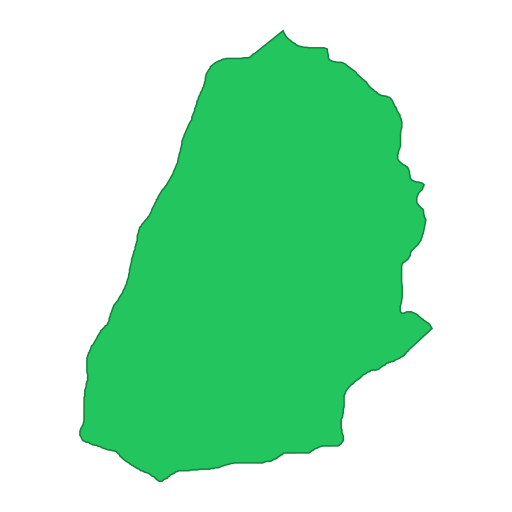 Palmeras, Alajuela, Costa Rica (orthographic projection)
{"feature_id": "36466004B65263454965640", "entity_name": "Palmeras", "entity_type": "district", "adm_level": 2, "iso_a3": "CRI", "parent_name": "Costa Rica", "parent_adm1": "Alajuela", "projection": "orthographic", "projection_center": [-84.433, 10.047], "detail": "fine", "context": "isolated", "style": "filled", "palette": "green", "viewbox_px": 512, "rotation_deg": 0, "n_neighbors": 0, "source": "geoboundaries", "source_scale": "gbopen_adm2", "svg_char_len": 5983}
<svg xmlns="http://www.w3.org/2000/svg" viewBox="0 0 512 512"><path d="M283.1,30.7L255.5,52.8L254.4,53.6L253.1,54.1L252.4,55.0L251.3,55.7L250.7,56.9L248.2,57.7L244.0,57.8L241.2,58.4L227.1,58.4L224.4,59.1L223.0,59.1L221.8,59.6L220.7,60.6L219.3,60.6L214.6,63.2L210.3,66.8L210.2,68.2L208.6,69.9L206.0,74.6L206.0,76.0L205.4,77.3L205.2,81.5L204.5,82.3L204.5,83.7L203.8,84.8L203.8,86.2L203.1,87.5L202.4,88.2L202.4,89.6L201.9,90.8L201.0,91.8L200.4,93.0L200.3,94.4L199.4,95.4L198.4,97.8L198.2,99.2L196.9,101.5L196.7,104.2L196.0,105.4L195.9,106.7L195.1,107.8L194.6,109.1L194.6,110.6L191.9,117.0L191.8,119.8L190.4,121.6L188.4,125.3L187.5,127.8L185.7,131.6L185.3,132.9L184.0,135.3L184.0,136.8L183.3,137.5L183.0,138.8L181.9,141.1L181.9,144.0L181.0,147.8L180.5,149.0L180.5,150.5L179.0,155.1L179.0,156.5L178.3,157.7L178.3,159.1L177.8,160.3L177.6,163.0L176.8,164.1L174.8,169.1L173.5,171.5L173.4,172.9L166.4,185.1L165.6,185.8L164.2,188.0L162.7,189.4L158.4,196.3L157.5,198.8L156.4,199.5L156.4,200.9L155.0,203.2L154.7,204.3L152.1,208.8L151.4,211.5L148.9,216.1L147.9,217.1L147.4,218.3L144.4,221.3L143.7,222.6L142.7,223.4L141.5,225.1L141.3,226.3L140.1,226.9L139.5,227.7L139.4,229.0L138.8,230.3L138.3,233.0L137.3,235.4L137.2,241.0L136.5,241.7L136.5,243.1L135.8,244.3L135.8,245.7L135.1,246.8L135.1,249.6L134.2,250.7L133.7,252.0L133.6,253.4L133.0,254.7L132.9,256.1L132.3,257.2L131.9,258.6L131.6,259.9L131.6,261.4L130.2,266.7L130.1,268.1L129.5,269.3L129.5,272.1L128.7,274.7L128.7,276.1L128.0,278.7L127.3,279.9L127.3,281.3L126.6,282.4L126.6,283.8L125.2,286.1L125.0,287.4L124.5,288.6L123.8,289.3L123.2,290.6L122.3,293.1L119.4,297.3L117.6,301.0L116.7,301.6L115.3,303.9L114.3,304.5L112.8,308.1L111.0,313.3L110.3,314.5L110.3,315.9L109.2,318.5L108.9,321.2L107.5,323.5L107.3,324.7L106.6,325.4L105.4,325.6L104.8,326.8L100.6,330.9L100.4,332.2L99.7,332.9L97.5,336.3L97.1,337.6L92.8,344.9L91.7,345.7L91.2,346.8L90.5,349.4L89.8,350.6L89.5,351.9L88.5,352.9L88.4,354.2L87.7,355.4L87.6,356.8L86.9,358.0L86.9,372.2L87.4,373.4L87.7,374.7L87.6,380.4L86.9,381.5L86.8,382.8L86.2,383.6L86.2,386.5L84.8,390.4L84.8,396.1L84.1,397.2L84.0,421.2L83.4,422.5L83.4,423.9L80.6,429.0L80.4,430.3L79.9,431.1L79.9,435.4L80.6,436.1L82.2,439.7L83.2,440.7L85.6,441.9L86.9,442.3L88.3,442.3L90.2,443.7L91.5,444.0L92.6,444.8L96.7,445.4L97.9,446.2L100.5,446.7L101.6,447.5L102.9,448.1L108.3,449.9L111.1,450.2L112.4,450.8L113.8,450.8L116.3,451.5L117.9,453.5L119.0,454.1L120.2,456.5L121.4,457.2L123.1,459.0L125.3,460.7L128.8,462.9L129.8,463.9L131.0,464.4L132.0,465.4L133.3,465.7L134.0,466.4L137.3,468.5L138.7,468.9L140.8,470.7L142.2,470.7L144.6,472.2L147.4,472.8L148.5,473.4L150.7,474.9L151.4,475.7L152.6,476.3L153.9,476.7L156.2,479.2L159.2,481.3L162.0,481.3L163.7,479.6L167.4,478.1L168.1,476.9L169.2,476.3L170.6,474.9L174.3,473.3L175.3,472.3L179.0,470.7L188.9,470.7L191.6,469.9L197.3,469.9L199.9,469.2L209.8,469.2L210.9,468.5L213.7,468.5L214.9,467.8L217.7,467.8L219.0,467.5L222.7,465.9L224.0,465.7L225.1,465.0L226.5,465.0L227.8,464.3L229.2,464.3L230.3,463.6L233.1,463.4L234.4,462.9L262.8,462.9L265.1,461.8L266.4,461.4L270.7,461.4L271.4,460.7L272.7,460.3L273.3,459.3L274.8,459.3L275.5,458.6L276.8,458.5L277.4,457.3L279.7,456.3L280.4,455.1L281.8,455.0L283.8,453.0L309.2,452.9L311.8,450.8L312.9,450.5L314.8,448.9L317.4,448.0L318.5,447.3L322.5,446.0L338.1,445.9L339.1,445.5L339.9,444.4L341.1,443.9L341.6,442.7L343.4,440.6L343.4,436.3L342.3,433.7L341.9,432.4L341.9,429.6L341.2,428.4L341.2,419.9L341.5,418.6L342.3,417.5L342.7,416.2L342.7,414.7L343.4,412.2L343.4,409.4L344.1,406.8L344.1,395.5L345.5,393.1L345.6,391.7L348.6,387.5L351.6,384.5L352.8,384.0L353.8,383.0L354.3,381.8L359.2,378.7L361.9,376.3L362.5,375.2L366.0,373.6L367.4,372.2L370.0,371.5L370.5,370.5L371.8,370.1L376.0,370.1L377.2,369.5L378.6,369.4L380.0,367.9L383.0,365.9L385.3,364.8L386.7,363.0L388.2,363.0L388.9,362.3L390.2,362.2L391.4,361.6L392.8,361.6L394.1,361.0L395.2,360.1L400.1,357.9L401.1,356.9L402.4,356.6L404.2,355.2L406.4,352.7L406.8,351.7L407.8,351.3L408.5,350.6L408.5,350.2L432.1,328.4L431.6,327.8L431.5,327.3L431.1,327.0L429.9,324.7L428.1,323.0L426.6,322.2L425.3,321.1L423.8,320.3L423.1,319.4L422.0,318.9L418.9,316.3L417.5,314.7L413.9,312.9L412.8,312.7L411.5,311.8L406.8,311.8L404.3,313.0L402.1,313.3L400.8,312.4L400.8,311.8L400.2,311.1L400.2,306.4L401.3,302.9L401.9,298.3L402.2,297.9L402.2,286.3L401.6,282.3L401.6,267.2L402.2,263.8L403.7,262.2L404.7,261.9L406.3,260.5L407.7,259.6L410.3,255.5L410.4,253.2L411.2,251.2L414.4,248.1L415.0,247.3L417.8,244.9L420.4,240.8L420.8,240.6L421.1,239.1L422.2,236.8L422.5,234.6L422.9,234.2L423.4,232.6L425.9,219.7L425.4,219.3L425.4,218.4L424.5,217.2L424.0,214.6L423.6,213.9L423.6,211.2L422.9,209.1L421.2,207.9L420.1,206.5L419.1,205.7L416.9,202.8L416.8,202.0L416.8,197.4L418.1,194.6L418.1,193.7L419.9,191.7L421.8,190.1L423.0,187.7L423.1,186.9L424.0,185.6L424.0,184.7L422.5,183.3L420.0,182.4L415.7,181.8L411.8,180.1L410.1,177.8L410.0,175.3L409.5,173.6L409.5,171.8L407.9,167.8L407.3,167.0L405.9,166.4L405.5,165.6L403.0,164.6L399.6,161.6L398.0,159.5L397.7,158.7L397.7,154.1L398.2,153.7L398.3,152.0L398.7,151.4L398.7,150.5L399.6,149.0L399.6,148.1L400.5,146.6L400.5,133.9L400.9,130.3L401.8,127.7L401.8,121.4L401.4,120.7L401.1,118.9L400.0,116.5L399.9,114.7L398.6,113.4L397.3,111.1L396.8,110.3L396.8,109.4L396.4,108.9L396.4,108.1L396.0,107.3L395.3,106.8L394.8,106.1L392.3,100.4L390.7,98.5L389.1,97.2L388.2,97.1L386.6,96.3L380.5,95.3L379.6,94.4L378.7,94.4L376.3,92.0L374.1,90.7L373.7,89.9L370.7,87.8L370.1,87.2L369.8,86.4L369.0,86.1L366.4,82.2L365.5,81.3L364.7,80.9L364.3,80.2L362.8,79.4L358.9,75.6L358.1,75.4L357.9,74.7L356.5,73.6L355.8,72.0L349.5,67.5L346.0,64.7L345.6,64.1L343.2,63.2L342.8,62.7L341.1,62.3L336.6,62.3L335.8,61.9L334.0,61.7L331.5,60.9L331.0,60.4L330.2,60.3L328.4,58.3L328.4,55.5L327.5,52.3L327.5,50.5L327.0,48.8L324.9,48.2L324.2,47.8L308.7,47.8L307.0,47.3L303.4,47.3L300.8,46.4L299.1,46.2L295.9,44.6L295.5,43.9L292.6,42.3L287.9,38.5L285.6,35.8L284.9,34.2L284.3,33.6L283.1,30.7Z" fill="#22c55e" stroke="#15803d" stroke-width="1.5"/></svg>